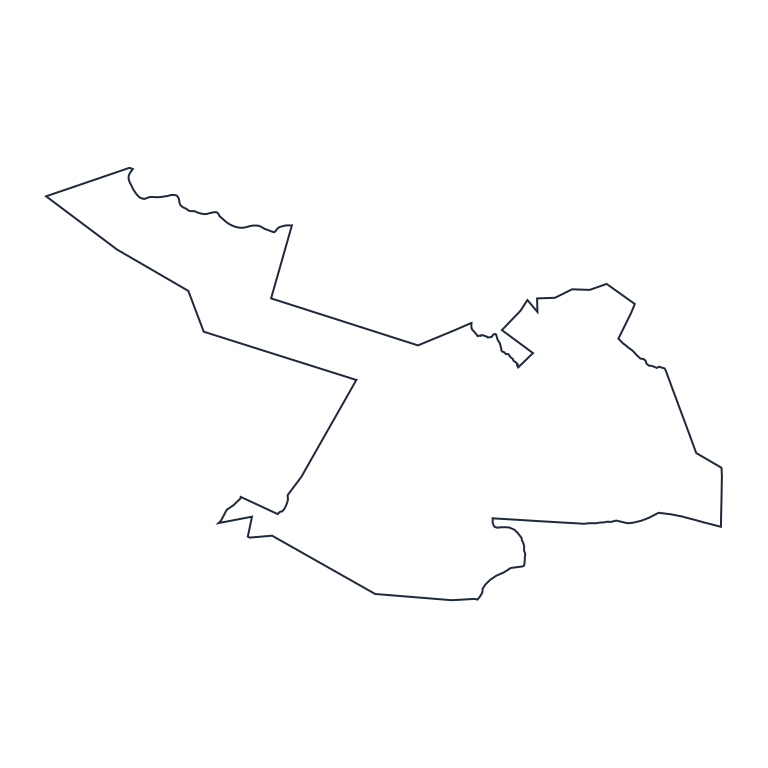 the district of San Agustín Amatengo, Oaxaca, Mexico
{"feature_id": "50627088B33548030742406", "entity_name": "San Agustín Amatengo", "entity_type": "district", "adm_level": 2, "iso_a3": "MEX", "parent_name": "Mexico", "parent_adm1": "Oaxaca", "projection": "orthographic", "projection_center": [-96.811, 16.52], "detail": "fine", "context": "isolated", "style": "outline", "palette": "slate", "viewbox_px": 768, "rotation_deg": 0, "n_neighbors": 0, "source": "geoboundaries", "source_scale": "gbopen_adm2", "svg_char_len": 3738}
<svg xmlns="http://www.w3.org/2000/svg" viewBox="0 0 768 768"><path d="M606.6,283.9L589.7,289.9L572.1,289.3L554.9,297.8L537.1,298.4L537.4,311.9L527.4,300.0L520.6,310.6L501.9,330.1L533.0,353.1L518.2,367.4L517.0,365.2L517.8,364.6L517.3,363.9L515.7,362.2L513.6,360.9L512.8,358.9L510.9,357.5L509.8,356.2L508.4,354.1L506.4,354.1L505.6,353.8L504.5,352.4L503.7,352.0L502.2,351.6L501.3,350.3L501.3,348.9L500.7,346.4L499.8,343.2L499.0,341.9L497.8,340.1L497.0,337.7L496.5,335.8L495.9,334.3L495.1,334.0L494.4,334.1L493.4,334.6L492.5,335.5L492.1,336.6L491.0,337.0L489.5,337.3L487.8,337.5L486.9,336.6L484.8,336.0L483.6,335.4L481.2,335.1L480.7,335.9L478.9,335.7L477.7,336.2L477.0,335.1L476.0,333.9L474.1,331.7L473.3,330.8L472.1,329.5L471.6,328.0L471.3,325.7L471.5,323.0L470.5,323.3L455.4,329.9L418.0,345.4L271.1,298.4L291.9,225.4L291.1,225.5L288.5,225.3L285.4,225.5L282.6,226.2L279.4,227.1L277.8,228.3L276.4,229.8L275.6,231.1L274.3,232.2L272.9,231.9L271.5,231.4L270.3,231.0L268.4,230.2L267.0,229.7L264.7,228.9L262.6,227.7L260.9,226.6L258.6,225.8L256.3,225.5L253.9,225.5L251.3,225.8L248.0,226.6L245.6,227.3L242.7,227.8L239.8,227.7L237.3,227.3L234.8,226.6L232.2,225.6L229.1,224.0L226.7,222.4L224.5,220.5L222.5,218.7L219.5,216.1L218.7,214.3L217.0,212.4L214.8,212.1L211.7,212.7L209.0,213.3L206.7,214.0L204.0,214.1L201.1,213.6L199.3,213.0L197.2,212.4L194.4,211.1L190.6,211.1L188.6,210.6L186.5,208.9L183.2,207.4L180.9,205.7L179.7,203.6L178.9,198.8L177.6,196.5L176.4,195.4L173.9,194.9L171.2,195.0L167.6,196.0L163.5,196.6L159.9,197.1L155.7,197.2L153.0,197.0L150.0,197.0L146.6,198.1L144.2,199.0L142.4,198.5L140.3,197.8L138.7,196.6L136.8,194.6L135.2,192.4L133.3,189.5L131.8,186.3L129.5,181.8L128.6,178.7L128.7,175.9L129.7,173.4L130.8,171.8L132.8,169.0L129.5,167.8L46.1,196.3L117.1,249.6L188.3,290.9L203.7,331.7L354.8,379.5L356.4,379.8L347.3,395.9L311.8,458.4L301.4,476.8L298.1,481.2L287.7,495.0L287.8,497.6L287.9,500.0L287.2,502.6L285.7,506.3L284.0,509.4L282.0,511.5L280.0,511.7L277.7,514.1L240.7,496.9L240.2,498.8L237.5,501.3L233.5,505.2L226.7,509.8L221.0,520.7L218.5,523.1L252.0,516.7L247.8,536.6L249.7,537.6L272.1,535.7L375.2,594.0L451.8,600.2L460.8,599.7L472.7,599.0L474.9,598.9L477.4,599.6L479.6,597.1L482.3,592.7L482.6,588.8L485.3,584.6L490.3,579.7L494.5,576.9L496.5,575.6L503.9,572.4L510.7,568.0L515.9,567.3L522.7,566.4L524.0,565.7L524.5,563.3L524.8,559.7L524.8,557.6L525.3,554.1L524.0,550.3L524.2,546.4L523.2,542.7L521.9,540.3L521.5,537.8L519.3,535.0L517.2,532.4L514.3,529.7L509.3,527.5L505.2,527.2L500.7,527.3L497.3,527.7L494.7,526.9L493.6,525.2L492.6,522.5L492.7,520.1L492.6,518.3L497.1,518.6L510.5,519.4L511.9,519.5L514.0,519.6L515.7,519.7L533.5,520.8L541.4,521.3L541.9,521.3L551.8,521.9L565.3,522.7L576.3,523.3L582.6,523.7L584.0,523.8L589.3,523.2L592.8,523.2L595.5,523.3L597.8,522.9L601.0,522.5L604.1,522.4L604.9,522.2L606.9,521.7L608.0,521.8L608.9,521.8L611.5,521.9L614.1,521.0L616.5,520.6L624.4,522.5L627.4,523.2L630.3,523.0L632.5,522.8L639.8,521.1L640.3,521.0L640.8,520.9L648.9,517.8L654.5,514.9L658.6,512.8L662.0,513.2L670.8,514.3L671.5,514.4L679.0,515.9L681.6,516.4L685.2,517.4L692.8,519.3L695.6,520.1L704.9,522.7L705.9,522.9L720.9,526.8L721.0,522.3L721.2,511.2L721.3,507.0L721.4,502.9L721.6,493.1L721.7,487.4L721.8,481.1L721.9,476.8L721.7,471.3L721.5,467.8L712.3,462.4L705.6,458.5L703.0,457.0L696.3,453.1L695.4,450.8L689.4,434.4L689.0,433.2L687.6,429.7L687.4,429.0L685.0,422.5L678.9,406.2L677.4,402.0L673.4,391.4L667.2,374.5L665.8,370.7L664.6,368.4L661.5,367.5L659.2,366.7L656.9,367.9L653.5,366.5L651.3,365.8L649.0,365.7L646.4,363.5L645.8,361.1L643.7,359.0L640.5,358.6L637.6,356.0L635.1,353.4L632.6,350.7L628.2,347.5L625.2,344.9L623.4,343.7L618.4,338.7L631.3,312.5L634.8,304.0L606.6,283.9Z" fill="none" stroke="#1e293b" stroke-width="2"/></svg>